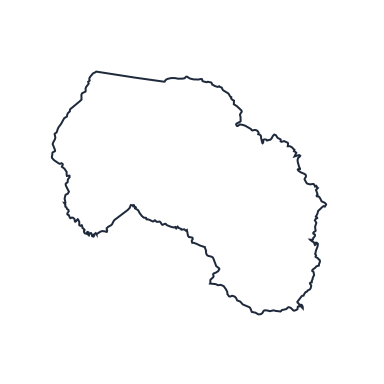 map outline of Free State (Natural Earth projection), rotated 75°
{"feature_id": "ZAF-1206", "entity_name": "Free State", "entity_type": "Province", "adm_level": 1, "iso_a3": "ZAF", "parent_name": "South Africa", "parent_adm1": "", "projection": "natural_earth1", "projection_center": [27.438, -28.674], "detail": "fine", "context": "isolated", "style": "outline", "palette": "slate", "viewbox_px": 384, "rotation_deg": 75, "n_neighbors": 0, "source": "natural_earth", "source_scale": "10m", "svg_char_len": 5979}
<svg xmlns="http://www.w3.org/2000/svg" viewBox="0 0 384 384"><g transform="rotate(75 192 192)"><path d="M285.1,198.3L284.4,197.7L281.9,197.1L281.4,196.7L279.9,193.7L279.2,193.0L276.9,192.9L276.3,192.1L276.0,189.5L275.2,187.2L273.5,185.5L272.7,185.6L269.8,187.8L261.5,188.6L260.4,189.0L259.4,190.1L258.0,192.7L257.0,193.7L256.0,194.1L253.6,194.1L252.5,193.6L249.1,194.0L248.6,193.8L245.8,198.1L243.5,200.7L241.5,203.5L241.2,204.9L239.4,205.0L238.8,204.7L237.7,203.5L236.7,203.3L235.9,203.8L234.7,206.6L233.3,207.2L227.4,206.8L227.8,207.9L226.0,209.2L225.9,210.5L225.6,212.0L224.9,212.0L223.3,214.2L221.8,214.8L223.1,216.7L222.1,217.1L221.7,216.7L221.4,217.1L221.6,218.6L220.4,221.0L217.5,224.9L216.0,225.6L215.7,226.2L216.1,229.0L215.6,229.5L213.0,230.3L212.2,230.9L211.8,233.5L211.3,234.2L209.8,235.0L209.7,235.5L210.4,236.7L210.3,237.5L207.6,240.7L207.0,241.7L206.8,242.8L206.5,243.1L205.3,243.0L205.0,243.2L204.3,245.2L202.3,246.6L198.3,248.2L196.8,248.4L195.3,249.0L193.1,251.3L192.7,251.1L192.4,250.3L191.9,250.4L190.9,252.1L190.4,251.4L189.8,251.4L189.4,252.0L189.4,253.0L188.8,254.5L191.3,256.4L192.8,258.9L199.0,274.2L200.0,275.4L202.5,277.6L203.2,278.9L203.9,281.9L204.9,283.8L205.4,284.0L207.2,283.9L208.4,284.5L208.4,285.1L207.6,286.0L206.5,288.9L206.6,290.8L207.7,294.1L207.6,295.1L208.2,295.2L206.8,295.7L207.9,298.3L208.9,297.8L209.6,298.7L208.8,299.9L206.6,299.8L205.5,300.2L205.4,301.3L207.2,302.8L206.0,303.5L204.0,302.6L203.5,303.2L203.7,303.8L205.1,304.6L204.1,306.3L203.0,306.6L201.8,306.5L201.3,305.8L200.8,305.6L200.4,306.1L199.5,306.1L198.4,307.1L196.3,306.9L195.5,307.1L195.8,308.6L194.8,309.5L191.7,308.6L189.3,309.1L188.7,309.4L189.1,310.2L190.1,311.3L190.5,312.5L190.0,312.7L188.0,312.5L187.0,312.9L186.0,313.7L185.6,314.8L185.9,316.0L185.4,316.6L182.4,317.0L181.7,318.0L181.1,318.2L180.2,317.8L178.8,316.1L177.4,316.0L175.9,317.1L174.3,317.3L173.4,318.1L172.4,318.0L171.7,317.6L169.5,318.3L170.0,317.3L169.0,316.9L165.5,316.8L162.5,315.2L161.9,314.7L161.5,312.5L159.9,310.8L153.2,312.2L151.6,312.0L150.8,311.0L150.5,309.7L147.7,308.6L146.0,306.4L144.6,306.1L144.3,306.6L144.3,307.7L144.1,308.7L142.7,308.6L140.2,307.9L136.4,309.2L133.9,311.2L132.3,309.8L131.5,309.7L130.4,310.6L130.6,312.3L130.0,313.2L125.6,317.0L122.9,318.4L121.5,318.2L119.9,317.3L118.0,316.7L117.6,316.2L117.3,314.4L117.0,313.7L115.4,313.5L109.6,314.2L107.7,312.8L105.9,311.0L104.1,309.9L100.4,309.7L99.9,308.9L99.6,307.7L98.7,306.8L96.7,305.6L95.0,304.2L92.2,300.7L87.6,296.3L86.8,293.4L84.4,292.1L83.6,291.3L82.5,289.1L81.5,288.9L80.5,288.2L75.3,276.9L74.1,274.8L69.3,273.6L68.1,272.4L67.5,269.0L66.9,268.5L64.7,268.1L63.2,267.1L60.8,264.0L60.4,263.7L58.7,263.8L57.9,262.0L56.3,262.0L55.5,261.6L54.5,260.7L52.2,257.5L51.7,256.5L51.3,254.1L50.9,253.4L67.0,216.9L78.2,190.5L78.3,189.8L77.5,189.1L76.8,188.0L76.4,186.3L76.6,182.3L77.6,178.9L79.0,176.0L80.1,171.5L80.2,169.6L79.3,168.3L79.1,167.6L79.4,166.8L80.6,165.9L82.0,164.4L83.6,161.4L85.0,156.8L85.2,153.9L85.7,153.1L87.3,153.2L88.0,152.6L89.8,149.4L89.6,148.2L91.2,145.1L92.3,144.7L93.5,144.7L94.3,143.6L95.3,142.9L97.2,139.9L96.9,138.4L97.6,138.0L98.5,136.7L99.0,136.2L100.8,136.0L101.8,135.6L106.3,131.3L109.7,130.4L110.5,129.5L111.6,130.0L112.2,129.8L113.7,128.9L114.6,127.8L118.1,128.9L120.5,126.6L125.9,123.2L127.1,123.1L127.6,123.4L129.0,125.1L129.9,125.7L132.1,125.7L136.2,126.7L136.5,127.1L137.5,131.4L138.1,131.9L139.4,131.7L139.9,131.4L140.1,130.8L139.3,128.7L139.2,128.0L140.6,125.2L141.7,123.5L146.4,118.8L147.8,118.3L148.2,117.8L148.2,116.4L148.5,114.7L149.4,113.4L150.7,112.6L152.1,112.3L153.3,113.1L154.1,111.7L155.3,111.0L156.7,111.0L157.7,111.3L162.9,111.4L163.2,111.2L162.6,110.4L160.2,109.8L159.9,108.8L160.2,107.6L160.8,106.5L161.7,106.2L161.7,102.6L160.8,101.2L158.9,99.5L157.8,97.7L158.8,96.3L161.9,95.3L164.1,92.8L164.7,92.8L166.0,93.3L166.7,92.6L166.7,89.8L169.2,86.8L170.0,86.6L172.6,87.7L173.1,85.6L174.8,83.8L176.9,82.8L177.7,82.1L179.0,83.0L180.0,81.8L181.1,81.1L184.2,83.8L184.0,79.7L184.2,78.7L185.0,78.1L185.7,78.8L186.7,80.8L188.5,81.8L190.8,82.1L195.9,82.0L197.3,81.6L197.8,81.8L197.4,83.6L197.9,84.1L199.1,83.6L201.1,81.9L203.3,79.1L204.5,77.9L206.0,77.7L206.7,78.0L208.4,79.8L209.1,80.0L213.0,79.0L213.6,78.7L215.2,76.0L215.6,72.8L216.3,72.1L218.6,71.7L218.2,70.4L218.9,70.1L219.9,70.1L220.7,69.4L222.1,71.7L226.6,71.3L227.6,72.5L228.2,72.6L228.7,72.3L228.9,70.9L231.0,69.9L234.6,69.2L236.8,66.5L238.6,65.6L239.1,65.9L240.5,67.5L239.7,68.5L240.2,70.0L243.0,75.1L245.5,76.5L247.9,78.8L249.0,77.8L249.6,77.8L250.0,79.4L251.1,80.6L254.0,79.9L257.6,82.2L261.4,82.6L261.7,82.9L262.2,84.6L262.9,85.5L263.6,85.6L264.4,84.7L265.1,84.3L266.1,84.5L267.5,86.1L267.8,86.8L269.2,87.5L269.4,88.0L268.6,90.3L269.2,90.0L272.3,87.3L275.0,87.0L274.9,86.4L274.0,85.5L273.5,85.2L273.1,85.3L273.2,84.7L274.7,83.8L277.1,84.8L281.1,87.7L282.5,88.2L283.6,89.1L285.2,88.5L286.3,89.4L286.8,89.4L288.3,87.7L289.7,87.1L290.7,86.3L292.4,86.4L294.7,88.1L295.9,88.5L296.0,91.1L296.9,92.3L298.1,95.2L298.7,96.1L299.4,96.3L300.3,95.5L300.9,95.3L303.9,95.6L306.0,97.5L307.6,98.2L308.5,99.1L310.3,99.7L310.2,101.1L310.6,101.7L311.4,101.7L313.0,101.1L313.7,101.2L315.9,102.5L316.7,103.7L317.1,105.8L318.0,106.8L318.1,108.2L319.7,110.1L321.0,111.1L320.8,112.4L321.0,113.0L325.4,118.7L326.1,118.7L327.6,117.7L328.8,117.6L329.1,115.8L329.9,115.0L331.8,114.8L333.0,115.1L330.5,116.4L330.3,117.0L330.2,119.5L332.5,120.5L332.9,121.7L333.1,124.0L332.7,124.7L329.5,126.6L328.3,128.3L328.4,129.4L329.4,131.0L329.5,131.7L329.3,135.5L329.5,136.2L330.1,136.8L330.3,137.7L329.6,139.1L328.7,141.6L327.4,143.9L327.3,147.6L326.1,149.6L325.2,152.0L325.1,152.6L325.4,153.6L327.1,155.3L327.5,156.2L327.8,157.2L327.5,159.2L327.1,159.9L325.0,161.9L323.3,165.3L319.6,165.7L318.3,166.2L313.7,172.1L310.4,173.7L308.4,176.4L305.7,176.9L304.5,177.5L303.4,178.7L302.6,180.2L302.9,182.3L302.3,183.3L299.8,184.2L297.5,183.8L294.7,184.4L291.1,185.8L289.1,188.3L288.8,191.0L287.1,193.0L285.1,198.3Z" fill="none" stroke="#1e293b" stroke-width="2"/></g></svg>